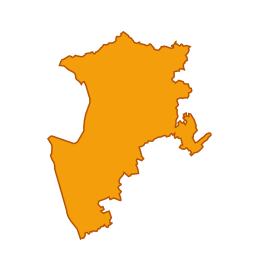 SVG path tracing the border of Mpumalanga, rotated 164°
{"feature_id": "ZAF-1209", "entity_name": "Mpumalanga", "entity_type": "Province", "adm_level": 1, "iso_a3": "ZAF", "parent_name": "South Africa", "parent_adm1": "", "projection": "natural_earth1", "projection_center": [29.909, -25.737], "detail": "fine", "context": "isolated", "style": "filled", "palette": "amber", "viewbox_px": 256, "rotation_deg": 164, "n_neighbors": 0, "source": "natural_earth", "source_scale": "10m", "svg_char_len": 5761}
<svg xmlns="http://www.w3.org/2000/svg" viewBox="0 0 256 256"><g transform="rotate(164 128 128)"><path d="M204.7,45.0L208.7,54.6L209.8,58.6L210.1,62.7L209.7,66.3L209.7,108.8L209.0,111.3L208.8,112.7L208.7,114.4L208.9,116.1L209.3,117.2L209.6,118.3L210.0,121.6L210.0,122.7L209.8,123.4L209.5,123.7L209.1,124.0L208.5,124.6L208.1,125.3L206.3,130.6L206.0,132.0L206.2,133.6L207.9,139.7L205.3,141.0L204.1,141.4L202.8,140.9L185.0,128.4L183.9,127.9L182.6,128.0L181.0,128.4L179.8,129.1L171.5,137.1L170.9,138.2L170.2,141.0L167.8,147.2L164.8,152.9L157.6,162.9L156.6,166.8L156.7,179.7L157.1,183.4L157.4,184.6L158.2,184.6L158.9,184.4L159.7,184.0L160.3,183.3L160.8,182.7L161.8,185.8L162.4,186.7L163.6,188.2L164.1,189.0L164.4,190.0L164.3,191.3L163.9,193.4L164.0,194.7L165.0,196.5L169.5,200.9L171.6,204.3L172.2,205.1L172.9,205.6L176.7,207.0L174.2,210.4L172.6,211.8L170.6,211.8L165.1,213.4L164.0,213.2L162.9,212.4L162.4,211.5L161.7,211.1L160.1,211.5L159.1,212.2L158.7,212.3L158.1,212.0L157.1,211.3L155.5,210.5L155.2,210.4L154.6,210.0L154.1,209.7L152.5,209.2L151.2,209.3L150.0,209.7L149.0,210.2L148.4,211.0L147.4,211.1L144.3,210.6L141.7,211.0L141.0,210.7L140.8,210.1L140.8,209.2L140.6,209.0L140.4,208.9L139.6,208.7L139.3,208.7L138.9,208.8L138.0,209.8L137.8,209.9L136.8,209.8L136.5,209.9L135.2,210.5L134.6,210.6L133.8,211.2L132.4,212.3L129.7,213.5L129.4,213.9L129.0,214.6L128.1,214.7L124.7,213.7L124.1,214.1L123.3,214.8L122.8,214.9L120.4,214.3L119.7,214.0L119.2,213.9L117.4,214.5L116.3,214.7L115.7,215.2L115.3,216.0L115.0,216.9L114.6,217.9L114.2,218.5L113.9,218.9L113.4,219.1L112.3,218.6L111.3,218.3L110.6,218.3L109.8,218.5L109.3,218.8L109.0,219.2L108.9,219.5L108.9,220.5L108.6,220.8L107.8,220.8L107.3,221.0L106.9,221.4L106.5,221.6L105.9,221.6L105.5,221.2L102.2,216.8L102.0,216.4L102.1,216.0L102.3,215.5L102.2,215.3L101.2,214.4L99.8,212.8L99.7,212.5L99.8,211.9L99.7,211.6L99.4,211.4L99.0,210.8L98.6,209.0L97.9,208.1L96.1,206.9L95.4,206.9L94.1,207.4L93.5,207.3L93.2,207.2L93.1,206.8L93.1,206.5L93.3,205.8L93.2,205.7L92.6,205.4L91.7,205.1L90.9,204.4L89.6,203.9L88.6,203.1L88.1,202.4L87.8,202.2L86.3,202.0L85.3,202.0L84.8,202.2L84.0,202.8L83.8,202.8L83.5,202.7L83.0,201.9L82.5,201.0L82.0,199.5L81.2,198.5L81.1,198.2L81.2,197.6L81.0,197.0L81.0,196.3L80.8,196.1L80.5,196.1L80.1,195.9L78.1,194.5L77.2,194.4L76.7,194.4L76.3,194.7L75.9,195.2L75.1,195.4L74.7,195.6L73.8,196.8L73.5,197.0L73.0,197.0L72.5,196.5L72.1,196.3L71.3,196.7L70.8,196.8L70.3,196.5L69.8,196.0L69.2,195.8L68.7,195.6L65.3,193.2L63.3,192.4L62.0,193.1L61.9,193.6L62.3,193.5L62.7,193.8L63.4,194.5L63.5,195.0L62.8,195.2L61.9,195.2L61.3,195.3L60.7,195.6L58.7,197.6L58.2,197.8L58.5,196.5L58.8,195.9L58.7,195.4L57.5,194.9L57.3,194.3L56.8,193.8L56.3,193.1L56.1,192.9L55.8,192.8L55.2,192.8L54.7,193.1L54.2,193.7L54.0,193.8L53.7,193.9L53.4,193.8L52.8,193.1L52.5,192.5L52.3,191.6L52.1,191.3L51.6,191.2L50.6,191.1L49.7,191.2L48.9,191.0L46.6,189.6L46.2,189.2L45.9,189.1L48.0,187.8L47.8,187.0L48.0,185.7L48.8,184.9L49.4,184.0L50.6,183.1L52.6,182.0L51.8,179.6L52.3,176.7L54.5,176.3L55.1,175.3L55.6,174.8L56.6,174.5L56.9,174.3L57.5,172.8L57.9,171.7L57.8,168.5L60.3,170.2L62.3,170.4L62.9,168.7L66.6,169.4L68.3,169.2L69.5,164.4L72.5,163.0L71.6,160.2L70.5,159.6L70.0,158.2L66.1,159.8L64.0,158.5L62.1,157.2L61.8,155.0L57.9,153.6L58.1,151.3L57.8,149.5L56.3,148.6L56.5,146.1L58.0,145.0L60.0,145.0L60.8,142.1L62.4,140.5L65.6,141.5L67.6,141.4L68.7,142.5L72.7,142.1L73.5,140.5L73.2,136.4L74.7,135.2L75.8,135.0L76.5,133.6L75.8,132.5L75.8,131.4L76.6,129.5L77.0,127.4L76.7,126.1L77.3,124.7L79.8,122.1L80.7,118.7L81.9,117.1L82.1,116.0L82.3,115.6L81.8,115.5L81.0,116.1L79.7,116.2L78.3,117.5L78.6,119.1L76.0,120.5L74.9,118.2L73.9,117.6L72.8,118.5L72.6,117.2L72.0,115.4L69.8,117.7L70.4,119.7L71.3,119.5L72.2,122.5L72.0,123.2L70.8,122.5L70.1,123.3L71.0,124.6L70.9,125.8L68.0,126.4L68.2,123.2L66.5,122.3L65.6,125.1L63.9,124.1L62.0,116.9L62.0,114.1L61.8,111.4L62.7,109.8L62.1,106.7L66.7,103.9L67.8,101.3L68.8,101.1L67.4,95.2L65.5,95.4L61.0,97.4L57.1,98.8L55.9,99.7L54.9,100.2L53.4,100.7L51.6,100.9L50.6,100.6L50.1,99.6L50.0,99.0L50.2,98.4L50.8,97.9L52.4,97.2L54.0,96.2L54.5,95.3L55.4,94.8L56.4,94.4L57.6,94.1L59.4,93.4L62.0,91.8L61.1,90.0L61.2,89.2L64.1,87.3L66.5,86.1L67.6,85.8L68.6,85.7L70.9,85.9L74.7,84.0L75.5,85.8L73.8,86.8L74.5,89.3L75.6,89.3L77.0,92.9L79.4,92.1L81.6,92.8L83.9,95.0L82.1,96.9L80.2,96.6L80.2,100.5L80.0,103.3L82.4,104.3L82.7,105.9L85.6,105.2L85.9,106.6L84.7,109.9L86.9,108.8L87.6,110.6L89.3,110.0L90.1,108.9L93.4,108.9L93.9,110.4L96.1,110.8L98.6,110.3L101.6,110.8L105.7,110.1L107.9,108.6L112.2,109.9L113.1,108.4L116.1,108.8L117.3,107.2L119.7,106.6L122.5,106.6L122.4,102.2L122.6,97.0L121.4,94.1L123.9,92.9L126.1,94.7L127.8,95.6L128.8,94.9L128.8,90.9L130.5,90.3L130.1,88.6L130.0,84.5L130.4,81.4L137.7,82.6L138.5,81.5L140.8,81.2L144.0,86.3L145.4,84.5L149.6,81.7L151.3,79.5L151.4,77.3L150.2,75.9L150.4,75.3L152.3,75.0L154.0,73.5L153.2,70.8L152.0,68.9L153.5,67.5L154.7,67.0L154.4,63.4L154.6,61.2L154.9,60.4L156.0,60.8L160.9,64.6L164.9,64.1L165.3,67.0L168.7,66.2L176.1,65.7L177.8,63.1L175.9,59.2L173.8,59.4L173.5,56.3L177.1,55.6L175.0,52.7L172.5,53.2L169.0,53.3L168.7,46.3L170.7,44.5L171.4,42.9L171.3,41.4L169.7,41.3L169.9,40.6L172.1,39.9L173.6,39.7L174.2,38.3L175.4,38.2L176.7,39.9L177.4,41.6L178.6,40.4L179.3,40.2L180.9,40.6L181.4,40.4L182.1,39.6L182.7,39.2L183.0,39.1L184.1,39.4L184.4,39.3L185.0,38.8L186.1,37.5L186.3,37.4L188.6,38.1L189.5,38.7L190.1,38.7L191.1,38.1L191.4,38.0L191.6,38.1L192.1,38.8L192.4,38.9L192.9,38.8L193.5,37.7L194.0,37.3L194.4,37.0L195.0,37.0L195.4,37.3L195.5,37.5L195.6,38.1L195.8,38.5L196.1,38.8L197.0,39.0L197.8,38.9L198.3,38.7L198.7,36.7L198.9,36.4L200.8,34.5L201.1,34.4L201.3,34.4L202.0,34.7L202.6,34.8L203.7,34.6L204.2,34.4L204.5,42.7L204.7,45.0Z" fill="#f59e0b" stroke="#b45309" stroke-width="1.5"/></g></svg>